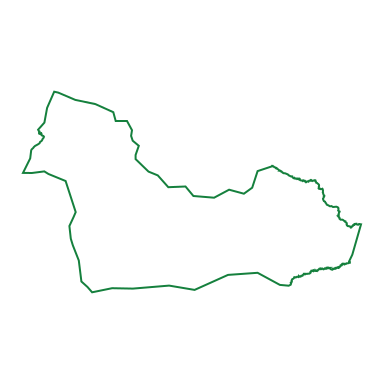 Yero'o, Selenge, Mongolia (Equal Earth projection)
{"feature_id": "93677404B71405298722065", "entity_name": "Yero'o", "entity_type": "district", "adm_level": 2, "iso_a3": "MNG", "parent_name": "Mongolia", "parent_adm1": "Selenge", "projection": "equal_earth", "projection_center": [108.137, 49.496], "detail": "fine", "context": "isolated", "style": "outline", "palette": "green", "viewbox_px": 384, "rotation_deg": 0, "n_neighbors": 0, "source": "geoboundaries", "source_scale": "gbopen_adm2", "svg_char_len": 5813}
<svg xmlns="http://www.w3.org/2000/svg" viewBox="0 0 384 384"><path d="M47.1,107.9L44.4,122.6L38.1,129.7L39.0,131.4L39.3,131.3L39.5,131.4L39.6,131.7L39.5,131.9L39.1,132.3L39.0,133.0L39.1,133.6L39.5,133.8L40.1,133.3L41.2,133.1L41.3,133.4L40.9,133.7L40.8,134.2L41.6,134.4L41.6,135.2L42.0,135.5L43.2,135.9L43.7,136.3L43.9,136.7L43.7,136.9L43.7,137.6L43.4,138.0L42.4,139.3L42.2,140.0L41.7,140.8L41.1,141.3L40.2,141.8L39.5,143.3L37.7,144.5L35.1,145.9L33.7,147.2L33.3,147.9L32.4,148.7L31.6,149.5L31.2,150.3L30.2,158.4L23.0,172.9L31.9,173.0L44.3,171.4L48.5,174.0L65.6,181.0L75.7,212.1L73.6,217.0L69.4,226.0L70.8,238.7L72.8,245.2L78.8,260.5L81.4,281.5L87.5,287.0L92.1,292.3L112.1,288.2L132.9,288.6L169.1,285.6L194.6,289.9L228.0,274.9L257.6,272.8L279.9,284.9L288.7,285.7L290.7,284.7L291.1,283.5L290.8,283.1L290.7,282.8L291.1,282.4L291.2,282.1L291.7,282.0L291.8,281.8L291.9,280.9L291.6,280.4L292.3,279.1L293.2,278.8L293.8,278.3L294.0,278.0L294.1,277.3L294.2,277.2L295.0,277.1L295.8,277.5L296.9,276.8L297.6,276.7L297.9,276.7L298.3,277.1L298.6,277.1L299.0,276.8L299.0,276.2L299.6,276.7L300.4,276.7L300.6,276.6L300.5,276.2L301.2,276.0L301.4,275.7L301.6,275.7L302.4,275.8L302.6,275.7L302.8,275.0L303.3,274.7L303.5,274.4L303.9,274.3L303.9,273.8L304.0,273.8L304.7,274.4L305.0,274.4L305.3,273.8L305.8,274.0L306.5,273.8L307.1,273.9L307.8,273.7L309.1,273.7L309.8,273.4L310.5,272.8L310.3,272.1L311.3,271.5L311.4,271.3L311.1,271.1L311.3,270.7L311.9,270.7L312.5,270.5L312.1,271.0L312.8,271.0L313.5,271.3L314.4,270.6L314.7,270.8L315.3,270.8L315.7,271.0L315.9,271.0L316.0,271.0L316.1,270.4L317.1,271.0L317.2,270.9L317.3,270.5L317.9,270.4L318.1,269.8L318.9,269.3L319.1,269.0L319.9,269.3L320.4,269.2L320.6,268.8L320.6,268.6L321.5,269.1L321.8,268.9L321.7,268.5L322.5,268.5L323.3,269.3L323.7,269.3L324.8,268.4L325.2,268.8L326.1,268.8L326.2,268.6L326.0,268.3L326.2,268.0L326.7,268.3L326.9,268.3L327.1,267.9L327.6,268.3L327.9,268.4L328.1,268.3L328.3,267.6L329.0,267.9L329.6,267.9L329.3,268.1L329.5,268.3L329.9,268.3L330.3,268.1L330.5,268.3L330.5,268.9L330.6,269.1L331.4,269.5L332.4,269.7L332.6,269.5L332.7,269.0L332.9,268.7L333.1,268.7L333.5,269.1L334.0,269.0L334.4,268.5L335.0,268.7L335.3,268.1L335.5,268.2L335.5,268.5L335.8,268.6L336.0,268.4L335.9,267.8L336.1,267.7L336.7,267.9L337.4,267.4L338.1,268.0L338.4,268.0L338.4,267.6L338.1,267.2L338.8,266.9L339.2,267.1L339.5,267.2L340.4,266.3L340.5,266.0L340.4,265.4L340.5,265.3L340.7,265.2L341.7,265.4L341.9,265.2L342.0,264.9L341.8,264.6L341.8,264.3L342.4,263.7L343.7,263.7L343.8,264.2L344.2,264.5L344.5,264.5L344.7,264.4L345.3,263.8L346.0,263.9L346.5,263.3L347.7,263.3L348.4,263.2L349.2,262.8L349.8,262.8L349.9,262.1L349.0,261.8L349.0,261.6L352.3,254.7L361.0,224.4L360.6,224.4L360.4,224.2L359.8,224.2L359.4,224.0L359.1,224.0L358.4,224.3L358.1,224.7L357.6,224.5L357.2,224.6L356.2,224.1L356.2,223.8L355.1,224.0L355.0,223.9L354.8,224.0L354.5,224.0L354.4,224.2L354.1,224.4L354.2,225.0L353.2,225.1L353.2,225.4L352.9,225.7L352.9,225.9L352.5,226.2L351.7,226.4L351.6,226.5L351.5,227.3L351.0,227.6L350.7,227.6L350.4,227.0L350.1,226.5L348.6,226.1L348.2,226.2L347.8,226.1L347.4,225.6L346.9,225.4L346.9,224.9L346.5,224.1L346.6,223.8L346.8,223.7L346.8,223.2L346.5,223.0L346.3,222.6L346.0,222.3L345.2,221.9L345.2,221.6L344.7,221.2L344.8,221.1L343.8,220.7L343.4,220.2L342.5,219.7L340.6,219.7L339.5,218.7L339.7,218.3L339.6,218.0L339.4,217.9L339.3,217.4L338.7,217.0L338.5,216.7L338.4,216.5L338.2,216.4L338.2,216.2L338.3,216.1L338.0,215.9L338.6,215.6L338.4,215.3L338.5,215.1L338.4,214.6L338.8,214.3L338.7,213.6L338.9,213.3L339.0,212.4L339.4,212.2L339.6,211.5L339.0,211.2L338.5,210.6L338.2,210.5L338.4,209.9L338.5,209.0L338.3,208.6L338.4,208.3L338.2,208.0L338.2,207.6L337.4,207.1L336.4,206.7L333.0,207.0L331.5,206.1L330.1,206.3L329.5,206.1L328.4,205.3L327.6,205.1L326.7,204.6L326.2,203.4L325.4,202.6L325.1,201.7L323.9,201.1L323.1,199.4L323.0,198.6L323.8,197.5L323.7,196.7L324.3,196.2L324.4,195.9L324.3,195.5L323.6,195.0L323.1,193.3L323.1,193.0L322.8,192.5L323.0,192.1L322.9,191.7L323.0,190.2L322.5,189.1L322.5,188.8L322.4,188.7L322.0,188.9L321.9,189.0L321.6,189.0L321.2,189.2L320.5,189.1L320.0,188.6L319.2,188.9L318.9,188.7L318.6,188.4L319.0,186.3L318.9,186.2L319.1,185.8L319.0,185.2L319.0,184.9L318.4,184.1L317.3,183.3L317.0,182.9L316.2,182.7L315.9,181.6L315.4,181.4L315.3,181.1L315.6,180.9L315.4,180.3L314.8,180.2L314.2,180.3L314.1,180.5L312.8,180.8L312.4,180.7L312.1,181.0L311.3,180.6L311.3,180.1L311.0,179.9L310.8,179.9L310.5,180.1L310.2,180.7L309.8,180.6L309.0,180.8L308.6,181.5L308.4,181.3L307.1,181.4L306.8,181.7L306.6,182.0L306.0,182.3L305.6,181.9L305.7,181.7L305.2,181.1L304.9,181.4L304.3,181.2L303.8,180.7L303.8,180.4L303.6,180.3L303.0,180.4L302.6,180.9L302.2,180.5L301.9,180.6L300.4,180.3L299.9,179.9L299.9,179.4L299.8,179.1L299.6,179.1L299.6,178.7L299.1,178.5L298.8,178.7L298.4,178.7L298.4,179.0L298.1,178.8L298.0,179.1L297.5,178.9L297.1,179.0L297.0,178.7L296.6,178.5L295.1,178.7L294.7,178.4L294.8,178.1L294.5,177.8L294.1,178.1L293.5,178.2L293.1,177.8L292.4,177.0L292.3,176.4L291.9,176.3L291.5,176.5L291.1,176.5L288.6,175.3L288.4,175.0L288.3,174.7L287.8,174.5L287.4,174.2L286.8,174.0L286.4,173.8L284.8,173.2L284.0,173.3L283.1,173.0L283.0,172.9L282.6,172.4L282.2,172.3L281.7,171.6L281.4,171.6L281.4,171.4L280.6,171.0L280.0,170.9L279.9,170.6L279.7,170.6L279.8,170.5L278.9,170.1L278.1,169.3L277.0,168.8L276.8,168.6L276.8,168.2L276.4,167.9L275.8,167.7L275.7,167.8L275.6,167.6L274.6,167.3L274.6,167.2L274.3,167.1L273.9,166.7L273.3,166.6L272.8,165.9L272.6,165.9L272.7,166.1L257.6,171.1L252.2,187.7L243.9,193.7L229.1,189.7L214.1,197.7L193.4,196.0L185.5,186.5L168.3,187.2L157.8,175.4L148.5,171.6L135.6,159.1L135.6,155.0L138.8,145.8L132.7,140.7L131.1,135.9L132.0,130.2L127.0,121.0L115.7,121.0L113.3,112.2L95.4,104.1L75.3,99.9L58.2,92.6L54.2,91.7L47.1,107.9Z" fill="none" stroke="#15803d" stroke-width="2"/></svg>